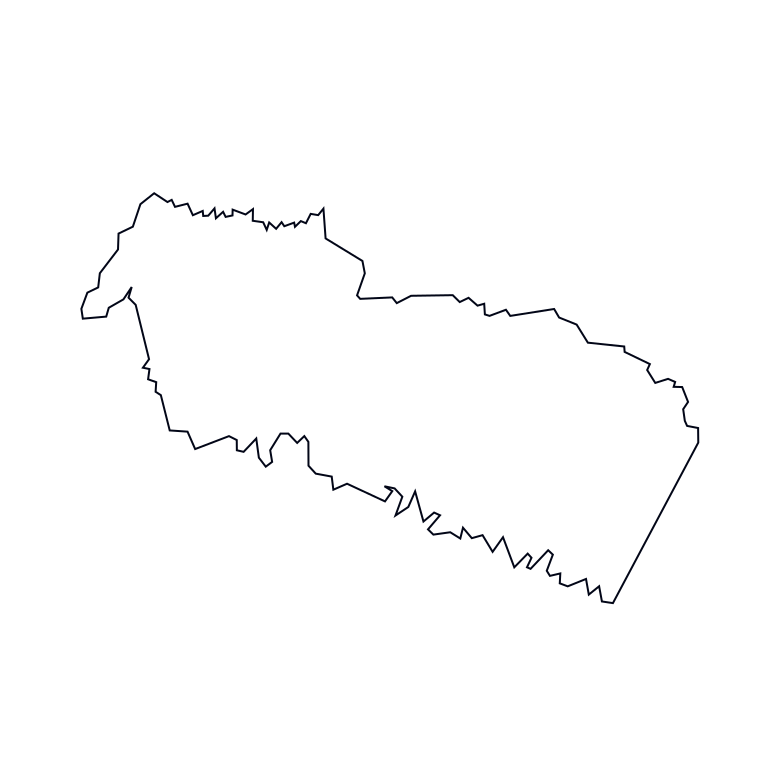 Mapiripán, Meta, Colombia (Natural Earth projection), rotated 28°
{"feature_id": "7082276B47302113121733", "entity_name": "Mapiripán", "entity_type": "district", "adm_level": 2, "iso_a3": "COL", "parent_name": "Colombia", "parent_adm1": "Meta", "projection": "natural_earth1", "projection_center": [-72.385, 3.106], "detail": "medium", "context": "isolated", "style": "outline", "palette": "ink", "viewbox_px": 768, "rotation_deg": 28, "n_neighbors": 0, "source": "geoboundaries", "source_scale": "gbopen_adm2", "svg_char_len": 1942}
<svg xmlns="http://www.w3.org/2000/svg" viewBox="0 0 768 768"><g transform="rotate(28 384 384)"><path d="M91.5,323.5L84.5,339.6L88.4,363.0L79.0,375.8L86.0,390.1L81.1,419.6L86.3,432.9L79.2,442.6L81.5,459.7L87.4,467.7L107.1,454.9L105.2,445.9L114.2,431.6L115.7,416.8L117.9,427.7L127.6,430.7L164.9,472.4L163.5,482.8L169.9,480.9L173.5,490.6L182.0,489.3L186.0,498.1L192.2,498.6L216.6,525.6L232.9,518.3L247.8,530.1L271.6,502.8L280.3,502.6L285.2,511.6L291.9,509.8L296.8,492.1L308.1,507.8L318.4,512.5L321.8,505.3L314.6,495.9L315.9,476.4L322.8,472.7L335.0,476.8L338.1,467.4L344.4,470.6L355.7,491.6L365.8,495.2L381.3,490.3L388.9,501.1L398.2,489.4L440.0,487.2L441.6,474.7L432.4,474.1L442.4,471.2L453.1,474.9L455.9,494.7L463.2,481.2L461.9,464.2L483.4,486.9L488.6,474.0L495.1,473.6L491.1,491.7L498.3,493.8L512.1,483.8L523.9,484.6L521.2,473.8L533.9,478.9L542.0,471.2L558.7,481.2L561.0,463.4L585.1,484.7L590.5,466.3L595.8,468.2L596.3,478.7L600.2,478.4L607.0,453.7L613.2,455.4L615.4,472.5L620.6,475.5L628.6,468.5L632.8,477.5L641.2,476.4L653.9,461.3L663.7,473.8L668.9,461.6L678.5,473.7L689.0,470.0L689.0,288.2L682.0,275.4L671.3,278.7L666.9,275.3L660.0,265.8L660.9,257.1L648.7,246.7L641.1,250.5L640.1,245.5L632.4,246.1L623.0,255.7L609.8,248.1L609.4,241.6L581.4,242.7L578.5,238.1L544.6,251.8L526.2,241.1L507.4,243.1L499.0,237.9L463.5,264.6L456.8,261.2L445.2,274.3L440.4,275.2L434.8,266.1L429.8,270.9L418.2,268.2L412.4,276.1L403.0,273.3L366.5,293.4L357.3,306.6L350.6,303.7L323.0,320.0L318.6,318.4L315.1,295.3L307.2,285.5L264.1,282.9L248.2,257.6L246.6,265.8L239.4,268.2L239.6,278.7L234.1,279.2L231.6,287.0L228.9,283.7L221.9,291.5L217.6,289.2L215.9,297.6L206.8,295.3L208.1,303.0L201.4,297.9L191.5,301.5L186.2,291.1L182.2,299.3L168.5,301.1L171.1,306.3L165.7,310.8L161.1,307.5L157.8,316.6L151.9,308.5L149.8,317.9L145.5,320.5L142.7,316.3L136.0,324.7L125.9,317.0L116.3,325.7L110.1,321.1L107.4,325.0L91.5,323.5Z" fill="none" stroke="#020617" stroke-width="2"/></g></svg>